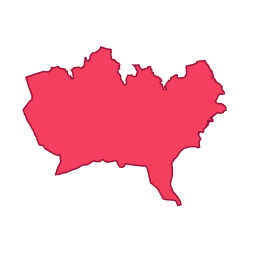 Masyaf, Hamah, Syria (Mercator projection), rotated 261°
{"feature_id": "27442178B31990643139600", "entity_name": "Masyaf", "entity_type": "district", "adm_level": 2, "iso_a3": "SYR", "parent_name": "Syria", "parent_adm1": "Hamah", "projection": "mercator", "projection_center": [36.393, 35.051], "detail": "fine", "context": "isolated", "style": "filled", "palette": "rose", "viewbox_px": 256, "rotation_deg": 261, "n_neighbors": 0, "source": "geoboundaries", "source_scale": "gbopen_adm2", "svg_char_len": 5922}
<svg xmlns="http://www.w3.org/2000/svg" viewBox="0 0 256 256"><g transform="rotate(261 128 128)"><path d="M180.0,195.2L172.8,194.5L171.6,194.0L169.6,192.3L169.4,191.6L168.8,188.6L169.4,188.2L169.1,185.7L169.2,185.3L169.8,184.9L172.4,184.8L173.1,184.1L171.5,179.9L170.9,179.1L170.8,178.2L170.6,178.3L170.4,178.3L169.7,177.8L169.0,177.6L167.6,175.5L168.2,175.4L165.8,173.0L164.1,171.8L163.6,171.0L162.5,170.8L162.5,171.4L161.4,171.8L161.1,171.6L160.4,171.7L160.2,171.5L160.5,170.2L160.3,169.7L161.1,169.1L165.6,168.5L166.1,167.2L168.1,166.9L168.8,167.8L169.0,168.6L170.9,168.2L171.3,167.3L171.6,167.6L172.1,167.5L172.5,167.0L172.6,166.4L173.2,166.3L174.3,165.1L174.3,164.0L174.8,163.5L174.8,163.0L175.2,162.9L177.0,161.4L177.5,161.4L178.3,161.6L178.6,161.5L179.0,160.7L179.4,160.5L181.1,160.4L182.1,160.5L182.6,159.9L184.8,159.7L185.4,159.0L185.1,157.4L185.0,157.0L184.8,157.1L184.7,156.8L183.7,157.1L183.6,156.3L184.1,154.7L183.9,153.8L183.6,153.1L183.5,151.8L183.2,151.3L184.1,150.1L186.7,148.7L187.8,148.8L188.6,148.6L188.7,146.3L189.1,144.6L189.0,144.1L189.2,143.3L188.0,144.4L187.6,144.4L184.7,145.4L183.7,145.5L182.5,146.3L181.6,146.2L180.6,145.3L179.5,144.7L177.5,144.1L178.0,141.4L178.5,140.9L179.4,140.3L179.6,139.9L179.9,136.8L180.2,136.2L177.9,134.9L175.9,133.6L171.8,133.5L171.0,131.8L171.7,130.4L172.5,130.6L177.3,128.6L180.8,128.8L184.9,126.6L187.3,127.2L188.0,129.1L189.3,128.8L190.1,128.8L191.2,129.6L192.0,129.6L193.1,129.2L194.6,127.3L196.2,125.9L197.6,125.4L198.0,123.1L199.0,122.5L200.9,122.6L203.1,122.4L204.3,122.7L206.0,123.4L206.9,123.2L208.2,123.5L209.4,119.5L212.3,113.7L210.8,113.3L208.9,110.4L207.8,108.1L207.5,105.9L207.6,105.2L207.0,103.9L206.4,103.1L204.5,101.7L202.7,101.7L202.0,100.7L201.2,100.1L200.5,99.9L200.1,99.2L200.6,98.1L204.2,97.3L203.8,96.5L202.3,96.4L200.4,95.5L198.5,95.2L198.2,95.0L196.4,94.4L195.4,93.5L195.2,93.5L195.5,92.8L194.1,92.0L194.9,90.0L195.6,89.4L195.7,89.1L195.8,85.8L195.9,85.0L195.4,83.4L194.4,81.1L191.6,82.2L188.6,82.0L187.7,82.1L186.7,82.0L186.1,81.5L185.4,81.6L185.3,80.4L186.0,79.6L186.3,79.9L186.9,80.0L187.4,79.5L188.2,79.3L188.3,78.4L189.1,77.7L189.9,77.3L190.5,76.8L191.5,76.7L193.5,76.9L194.0,75.8L194.7,75.3L195.6,75.2L196.2,74.5L197.1,71.5L197.9,69.9L199.6,68.7L199.2,65.5L199.1,63.3L199.7,63.2L199.6,61.8L197.9,61.5L197.2,61.2L196.8,59.5L196.2,59.4L196.0,58.4L196.0,57.3L197.0,53.5L195.9,45.5L194.1,35.2L182.7,36.7L175.0,38.4L170.9,37.4L170.5,37.0L170.4,36.2L170.2,35.5L162.3,27.3L157.2,28.2L157.1,28.7L152.6,29.3L138.6,34.7L134.9,35.2L133.4,36.7L132.1,36.3L126.0,37.5L124.8,38.4L124.4,41.2L120.4,43.0L114.0,50.8L111.9,54.6L112.6,56.4L105.3,56.4L99.4,52.2L93.3,49.2L93.2,51.7L92.8,52.8L93.5,55.1L93.8,57.8L93.6,60.0L94.2,61.1L94.6,63.7L95.7,67.8L95.8,69.8L96.6,72.6L96.9,73.5L98.1,75.7L98.5,79.7L98.1,81.4L98.2,82.3L99.8,86.2L100.4,87.0L100.9,88.6L99.7,92.0L99.3,94.3L99.7,95.8L100.7,97.2L100.7,97.7L99.9,99.1L98.4,100.5L97.4,102.2L97.7,110.2L97.4,111.2L96.5,111.8L94.0,112.3L90.9,113.7L90.2,115.3L90.3,117.1L90.7,118.1L91.9,119.0L92.6,119.0L93.0,119.9L90.5,128.1L88.8,134.4L88.3,135.9L87.7,139.4L86.1,140.5L80.7,141.1L70.2,141.8L67.6,144.5L63.1,148.0L56.0,150.6L53.1,151.5L52.1,152.3L51.0,155.5L50.0,160.3L49.2,163.0L48.2,164.0L43.7,165.1L44.0,168.4L47.3,168.1L50.8,166.8L54.4,164.8L58.9,162.1L59.7,161.9L61.2,161.9L62.8,161.3L64.9,161.0L66.9,161.4L69.8,162.2L72.2,163.6L74.8,164.6L77.1,164.9L78.9,165.0L80.3,165.3L86.3,165.7L89.6,168.5L92.0,171.8L96.1,175.4L97.9,177.9L99.3,180.6L99.8,185.7L99.7,188.3L99.2,189.7L99.3,191.3L98.7,192.4L97.7,193.8L97.5,194.7L98.0,195.7L101.7,195.8L102.9,196.0L104.5,196.7L105.5,198.1L111.3,196.3L111.6,197.3L112.1,197.1L112.5,197.4L112.8,197.2L113.1,197.3L112.7,199.7L112.5,200.3L111.9,201.0L112.2,201.6L112.6,201.7L112.7,202.0L113.0,202.2L114.0,202.3L114.2,202.5L114.6,202.4L115.1,202.5L116.0,203.6L116.0,204.3L116.2,204.9L116.5,205.1L116.8,205.6L117.6,205.7L117.7,206.3L118.0,206.2L118.5,206.4L118.0,207.1L118.5,207.6L118.8,207.7L119.3,207.5L119.5,207.3L119.2,207.1L119.6,206.7L119.9,206.9L119.6,207.1L119.8,207.1L119.7,207.5L120.2,207.9L119.8,208.2L120.8,208.8L121.8,208.6L122.1,207.8L122.7,207.7L122.9,208.0L122.9,208.6L122.4,209.9L121.8,209.9L121.6,210.1L121.6,210.5L121.9,210.6L121.7,211.0L121.8,211.5L121.3,212.0L121.2,212.5L121.6,212.5L121.6,212.9L122.9,213.1L123.0,212.6L122.9,212.5L123.0,212.2L123.4,212.4L123.7,212.3L123.7,212.0L123.9,212.0L124.1,211.5L124.3,210.8L124.7,210.9L125.0,210.7L125.2,210.9L125.4,211.2L125.1,211.5L124.7,211.5L124.7,211.9L125.0,212.0L125.1,212.3L124.9,212.3L125.0,212.7L125.1,212.9L125.5,213.0L126.0,212.7L126.0,213.0L129.1,218.7L129.0,219.9L128.7,220.1L128.2,221.2L128.1,222.0L128.5,224.4L129.6,225.1L129.6,225.5L130.0,226.1L130.3,227.7L131.1,227.6L133.0,227.8L134.7,227.1L134.7,226.9L135.2,226.0L136.0,225.8L137.1,224.4L137.8,222.0L138.0,221.7L137.9,221.2L138.7,219.6L139.4,218.8L140.0,218.4L146.5,222.6L146.9,224.3L146.9,225.0L146.6,226.0L146.6,227.5L146.8,228.4L147.0,228.4L147.0,228.6L147.6,228.7L149.8,227.7L152.0,226.7L153.4,226.7L153.8,227.4L154.2,227.4L155.4,226.4L155.7,226.3L156.0,225.9L157.1,225.3L157.2,225.0L157.5,224.9L158.4,223.5L158.8,223.0L159.3,222.9L159.3,222.6L159.6,222.5L159.7,222.2L160.0,222.0L160.3,222.0L160.6,221.8L160.7,222.1L161.7,221.6L162.0,221.6L162.8,221.4L163.0,221.1L163.3,221.0L163.5,220.6L164.0,220.3L164.3,219.7L164.9,219.6L164.8,219.3L165.5,219.2L165.7,219.7L166.0,219.5L166.2,220.6L167.0,220.2L168.5,220.0L169.1,219.8L169.4,219.5L170.0,219.8L170.6,219.8L171.2,219.5L171.3,219.0L172.4,218.9L172.5,218.7L173.0,218.5L173.2,218.1L173.9,217.8L175.7,217.6L176.3,217.0L177.1,217.1L177.8,216.7L178.5,216.0L178.9,215.9L179.1,215.5L179.7,215.2L180.6,215.2L181.3,214.3L182.5,214.6L182.9,208.5L182.8,207.5L182.7,206.6L182.3,206.6L182.2,206.1L181.1,205.9L180.9,204.5L181.0,203.9L180.5,202.4L180.1,200.6L180.0,200.0L180.4,199.7L180.2,199.1L180.2,198.0L180.2,197.9L179.9,197.1L180.0,195.2Z" fill="#f43f5e" stroke="#9f1239" stroke-width="1.5"/></g></svg>